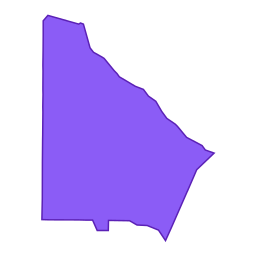 DeKalb, Georgia, United States of America
{"feature_id": "52423323B8956150645688", "entity_name": "DeKalb", "entity_type": "district", "adm_level": 2, "iso_a3": "USA", "parent_name": "United States of America", "parent_adm1": "Georgia", "projection": "mercator", "projection_center": [-84.225, 33.792], "detail": "fine", "context": "isolated", "style": "filled", "palette": "violet", "viewbox_px": 256, "rotation_deg": 0, "n_neighbors": 0, "source": "geoboundaries", "source_scale": "gbopen_adm2", "svg_char_len": 821}
<svg xmlns="http://www.w3.org/2000/svg" viewBox="0 0 256 256"><path d="M214.1,153.1L205.3,150.0L202.1,145.6L186.6,137.4L177.4,126.3L175.3,124.2L166.8,118.4L161.7,111.4L155.8,101.3L148.4,96.1L143.4,89.4L135.3,86.3L119.3,76.8L117.1,73.7L114.1,70.6L104.1,58.4L101.6,56.8L101.2,56.6L93.5,52.3L90.4,48.3L90.0,47.7L83.4,24.1L80.5,23.0L78.7,24.1L47.9,15.4L43.2,20.8L43.2,35.5L43.1,50.1L42.9,65.4L43.0,71.0L42.9,86.7L42.9,88.9L42.9,89.8L43.0,94.4L42.8,106.4L42.8,107.2L42.9,112.1L42.7,134.0L42.7,134.7L42.6,139.8L42.4,161.8L42.3,199.0L41.9,219.6L49.2,219.8L78.3,219.9L85.9,220.1L92.6,220.1L97.2,230.5L108.3,230.5L108.5,220.4L127.8,220.7L129.5,220.7L137.0,225.0L147.2,225.5L158.5,230.1L165.5,240.6L171.6,227.1L187.3,191.3L187.4,191.2L193.3,177.6L196.7,169.7L214.1,153.1Z" fill="#8b5cf6" stroke="#5b21b6" stroke-width="1.5"/></svg>